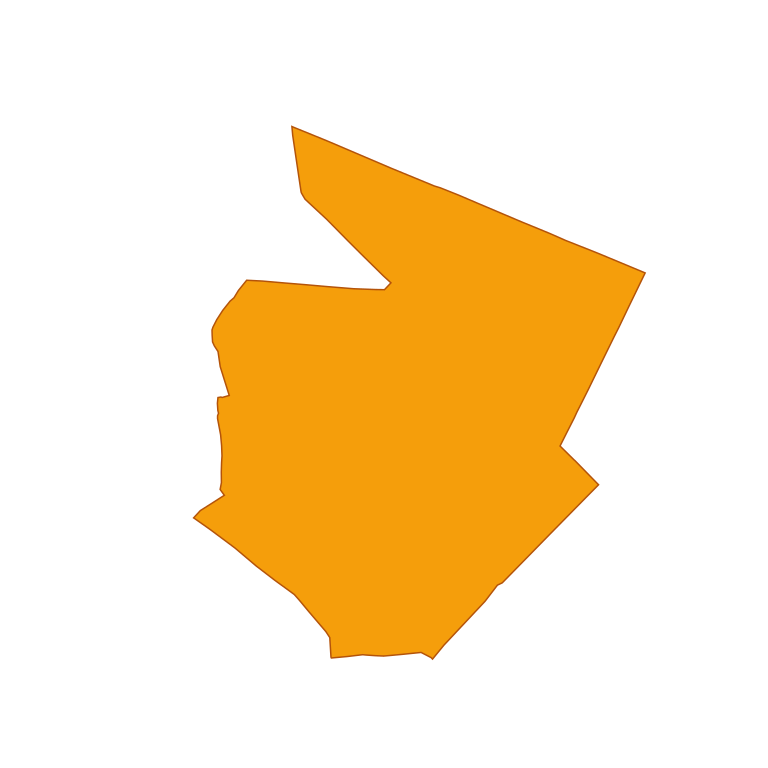 Quan 11, Hồ Chí Minh city, Vietnam (Albers equal-area conic projection), rotated 308°
{"feature_id": "81297802B37641712637141", "entity_name": "Quan 11", "entity_type": "district", "adm_level": 2, "iso_a3": "VNM", "parent_name": "Vietnam", "parent_adm1": "Hồ Chí Minh city", "projection": "albers", "projection_center": [106.646, 10.766], "detail": "fine", "context": "isolated", "style": "filled", "palette": "amber", "viewbox_px": 768, "rotation_deg": 308, "n_neighbors": 0, "source": "geoboundaries", "source_scale": "gbopen_adm2", "svg_char_len": 1515}
<svg xmlns="http://www.w3.org/2000/svg" viewBox="0 0 768 768"><g transform="rotate(308 384 384)"><path d="M531.0,155.9L530.2,152.9L523.8,158.9L497.8,186.2L484.6,200.1L483.8,201.1L482.4,204.5L481.0,208.1L479.2,229.2L478.5,237.5L474.6,267.5L472.3,286.5L471.9,289.9L468.8,317.0L468.0,327.2L458.6,326.3L453.3,319.3L440.5,301.6L425.8,279.3L413.6,260.5L402.3,243.3L390.2,224.7L387.1,220.3L381.2,211.9L368.1,211.7L359.6,212.7L354.6,211.7L342.8,211.6L331.7,212.6L330.2,212.9L323.5,214.2L320.7,215.2L316.7,218.5L311.6,223.0L309.6,226.8L307.4,233.2L296.8,244.3L283.0,264.3L279.7,269.1L273.8,264.8L273.3,263.5L271.1,261.5L266.2,264.6L260.8,269.4L259.1,271.6L256.5,272.4L254.3,274.1L243.4,286.5L235.3,294.1L227.6,300.6L221.8,304.6L214.3,310.1L206.2,316.6L200.0,319.8L198.0,326.7L174.8,318.5L171.2,317.2L161.3,316.4L162.3,336.4L163.0,367.4L161.9,395.5L162.1,418.9L162.9,442.9L161.6,449.9L158.3,465.1L153.1,490.6L150.8,497.4L136.1,510.4L135.7,511.2L146.5,522.7L157.6,533.9L159.1,536.3L164.5,544.3L166.2,546.7L169.4,551.2L173.6,555.7L181.6,564.2L195.3,578.5L197.4,589.5L197.1,591.6L215.1,592.0L275.2,597.4L295.4,597.2L295.9,597.5L300.1,599.6L367.1,607.1L418.7,613.0L436.7,615.1L441.2,581.5L441.2,580.7L443.5,560.9L457.0,558.2L474.4,554.8L480.7,553.3L489.4,551.6L505.3,548.4L532.1,542.7L562.6,536.3L573.2,534.2L595.9,529.2L632.3,521.4L619.0,473.0L608.9,438.6L604.7,422.0L596.4,392.4L583.7,345.1L578.8,326.6L573.3,307.7L571.0,301.7L558.4,256.6L540.4,189.0L531.0,155.9Z" fill="#f59e0b" stroke="#b45309" stroke-width="1.5"/></g></svg>